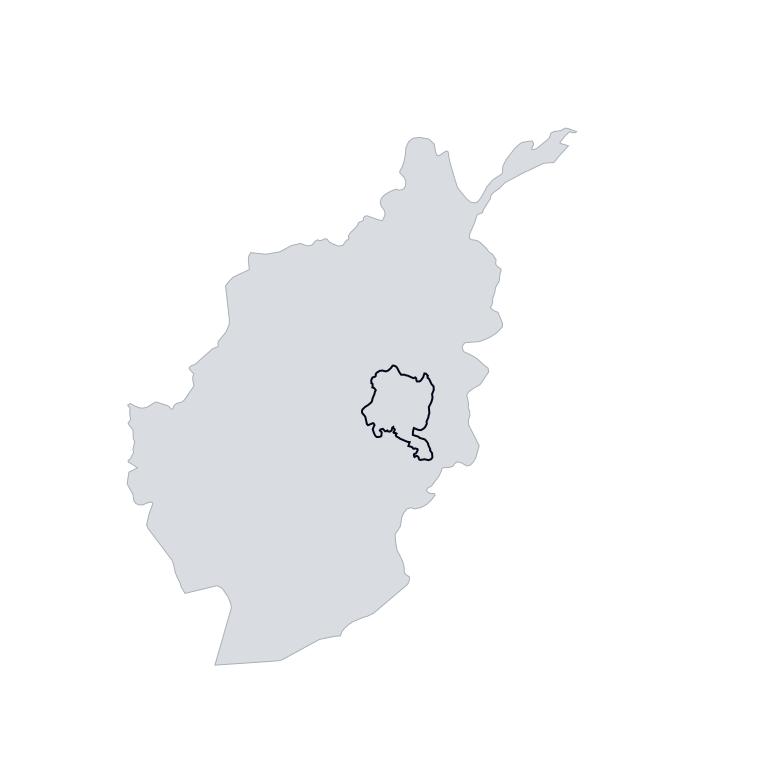 Ghazni highlighted on a map of Afghanistan, rotated 337°
{"feature_id": "AFG-1757", "entity_name": "Ghazni", "entity_type": "Province", "adm_level": 1, "iso_a3": "AFG", "parent_name": "Afghanistan", "parent_adm1": "", "projection": "natural_earth1", "projection_center": [67.708, 33.141], "detail": "medium", "context": "in_parent", "style": "outline", "palette": "ink", "viewbox_px": 768, "rotation_deg": 337, "n_neighbors": 0, "source": "natural_earth", "source_scale": "10m", "svg_char_len": 5628}
<svg xmlns="http://www.w3.org/2000/svg" viewBox="0 0 768 768"><g transform="rotate(337 384 384)"><path d="M339.6,221.6L353.1,220.4L362.3,222.1L367.1,226.8L371.8,228.0L376.4,225.7L379.3,225.3L380.4,226.8L382.7,227.4L386.3,227.2L388.3,228.5L388.8,231.3L391.4,234.9L396.1,239.3L400.3,240.3L405.8,236.9L407.6,237.3L408.5,236.2L409.1,233.7L412.4,231.4L418.5,229.3L421.9,227.3L423.1,225.7L425.2,225.3L427.4,225.7L429.0,225.1L430.2,222.9L432.3,222.1L434.2,222.6L442.6,230.4L445.8,232.8L447.3,232.4L451.5,228.1L452.1,224.2L450.9,219.0L451.6,214.9L454.4,211.8L459.4,209.8L466.8,209.1L471.4,209.5L473.1,211.2L475.4,212.0L478.2,212.2L480.8,210.4L483.2,206.5L483.3,201.7L481.1,196.0L481.7,194.2L485.4,191.4L489.3,187.1L493.1,181.6L496.7,174.8L501.2,170.7L506.6,169.1L513.2,170.9L521.0,176.1L524.0,182.6L522.2,190.3L522.0,194.5L523.6,195.3L532.4,193.8L533.6,194.9L533.5,197.1L532.3,200.3L530.8,209.4L528.3,231.9L532.2,245.3L534.8,250.6L537.5,252.3L540.1,252.9L542.7,252.4L548.0,249.0L555.9,242.6L563.7,238.7L575.0,236.6L578.7,229.8L583.9,225.3L595.8,218.6L602.3,216.1L606.0,215.6L615.2,218.1L615.7,220.2L615.1,222.3L612.5,224.2L611.8,225.6L612.8,226.6L616.4,227.0L632.2,222.3L635.7,218.3L639.1,218.1L645.8,219.8L650.9,219.3L653.6,221.0L659.9,227.0L657.9,227.3L655.1,226.1L653.5,224.2L647.2,226.7L640.2,230.5L640.4,231.4L646.8,236.9L633.7,242.8L627.8,246.2L626.4,246.3L617.5,243.2L592.7,244.2L573.9,246.0L566.6,249.0L559.7,250.5L556.2,252.1L553.9,255.3L543.6,262.3L541.7,264.8L535.9,264.6L530.0,271.4L521.3,279.5L519.5,283.3L520.8,285.2L525.6,288.2L527.7,291.0L531.1,298.8L532.5,304.3L534.5,306.7L535.7,313.3L533.7,317.1L533.7,319.0L536.6,324.0L535.9,325.5L533.8,327.9L530.4,334.2L524.3,338.9L521.7,343.1L517.4,347.8L515.6,351.7L513.7,353.8L511.8,354.9L512.3,357.0L514.0,359.6L516.9,362.6L516.8,374.4L515.3,377.7L507.5,381.0L500.1,382.4L490.9,382.4L487.4,381.9L474.6,377.6L470.6,379.8L469.8,385.0L477.1,393.4L480.1,398.1L483.5,406.0L486.0,410.0L485.1,413.8L472.0,422.2L463.7,423.1L458.4,424.5L455.9,426.6L454.1,435.5L452.2,438.7L452.2,442.6L450.5,447.0L447.8,449.8L445.9,454.4L447.5,478.0L439.9,487.5L435.7,490.8L431.6,492.4L428.3,491.8L424.0,486.4L421.1,484.4L418.1,484.8L415.1,486.7L410.3,486.1L406.2,484.2L404.1,484.4L403.0,486.3L398.6,490.3L387.8,496.5L383.4,496.9L381.5,498.5L382.3,501.0L384.2,503.1L387.6,504.5L387.7,506.2L382.2,509.3L376.6,511.4L370.2,512.2L363.5,511.0L360.1,508.3L356.1,508.0L352.4,510.0L348.6,513.3L343.3,521.6L335.6,526.7L333.6,531.9L331.2,541.2L331.9,554.8L330.9,560.8L329.2,564.8L329.6,568.0L332.1,571.5L331.1,573.8L328.9,576.4L326.8,577.8L284.5,591.0L277.6,591.3L274.0,590.7L262.0,590.7L257.0,591.7L252.0,593.5L248.3,595.7L245.4,598.9L240.5,597.1L224.7,593.9L182.0,598.1L178.0,597.3L118.5,576.7L156.0,530.5L157.1,526.6L157.3,519.1L155.2,509.0L151.6,504.4L119.0,499.0L118.0,491.2L118.6,487.6L118.1,480.9L118.3,475.6L119.9,467.1L120.0,463.2L110.4,424.8L110.4,421.0L116.7,412.2L124.6,403.6L124.2,402.0L120.3,401.0L114.5,401.0L111.4,399.6L109.0,397.2L108.1,393.8L109.8,387.6L108.5,375.6L114.7,365.5L124.3,364.9L119.5,357.6L118.5,356.8L118.2,355.5L118.7,354.3L121.1,353.8L126.9,349.1L127.2,346.4L132.1,339.5L131.8,336.4L135.0,328.2L133.4,322.7L133.2,319.8L136.7,317.9L139.0,310.2L140.3,308.3L140.5,306.4L139.8,303.3L142.9,302.8L145.8,306.8L150.4,311.0L153.4,312.2L157.1,312.8L165.5,311.4L167.3,311.6L175.9,318.9L177.4,320.8L178.1,323.7L179.5,324.6L182.5,321.7L185.5,320.8L191.1,321.6L194.1,320.6L208.4,311.5L209.5,305.7L210.9,302.5L212.8,300.5L210.6,293.9L211.4,292.6L213.3,292.0L218.0,292.0L239.6,284.7L245.2,284.7L246.4,284.1L246.8,282.1L248.4,279.9L258.6,274.6L264.5,269.1L266.6,265.0L276.5,231.7L281.7,228.8L286.9,226.7L304.7,226.0L308.0,215.8L309.6,213.4L312.7,211.0L325.7,218.3L339.6,221.6Z" fill="#d9dde1" stroke="#a8b0b8" stroke-width="1"/><path d="M358.2,415.7L353.2,415.7L352.6,414.2L353.9,407.3L353.8,406.0L352.7,402.6L352.7,401.4L353.3,400.0L354.2,399.1L357.7,397.7L361.0,397.2L364.7,396.1L366.3,395.1L368.0,392.6L371.2,389.6L372.5,387.7L374.0,386.5L373.3,383.7L371.9,382.6L372.8,381.3L373.5,379.5L373.4,379.0L372.7,378.4L373.8,375.4L375.9,373.5L378.4,373.8L379.6,373.3L380.2,371.7L381.6,370.8L385.2,370.2L387.8,371.0L390.4,373.0L392.7,373.3L396.2,372.2L399.1,370.5L399.9,370.7L401.6,372.2L402.1,373.1L402.5,375.2L402.7,379.0L403.4,382.2L406.7,383.6L407.3,384.4L409.1,385.6L413.4,390.2L415.4,390.2L415.8,391.3L415.2,393.6L415.4,394.6L417.8,395.5L419.2,395.2L422.7,393.1L425.3,390.1L426.6,390.8L427.6,393.6L426.9,394.2L426.5,395.4L427.2,396.2L427.5,397.4L427.7,402.7L428.7,405.5L427.5,408.9L424.3,412.1L423.5,415.1L422.7,416.5L420.4,419.3L416.3,422.7L414.3,428.7L412.7,430.5L411.9,431.9L408.4,435.3L407.9,437.3L404.8,439.9L402.7,440.6L399.9,440.9L397.6,439.6L394.3,436.2L392.4,438.6L390.9,441.5L390.7,442.2L395.1,446.0L395.8,447.6L399.9,450.9L400.9,453.7L401.3,456.0L400.9,457.7L401.1,462.0L400.5,463.2L401.2,466.5L399.9,470.4L398.1,471.6L395.2,471.5L391.9,469.1L388.0,468.2L386.9,467.3L387.1,464.8L386.5,463.4L385.6,462.8L383.6,463.1L383.5,461.7L384.1,460.5L384.6,460.2L386.0,460.4L387.2,459.8L389.1,458.1L389.4,457.1L387.6,455.5L385.7,455.1L385.3,453.3L384.6,452.5L382.2,450.6L384.9,447.5L383.1,446.5L377.2,440.4L376.9,439.6L374.9,437.1L374.7,436.0L375.0,435.4L376.2,434.6L375.6,433.7L374.0,433.0L373.8,432.3L376.1,430.4L376.0,429.3L375.4,428.3L375.7,427.2L374.6,427.4L372.8,429.8L370.6,430.1L369.2,429.2L368.9,428.1L367.0,428.2L366.5,427.9L365.4,424.8L362.9,424.5L362.0,425.2L363.0,427.6L361.3,430.7L360.8,431.0L359.6,431.0L356.8,430.1L356.2,429.3L355.7,427.7L355.6,425.3L355.9,421.4L358.2,418.9L359.2,418.2L359.2,416.7L358.8,415.9L358.2,415.7Z" fill="none" stroke="#020617" stroke-width="2"/></g></svg>